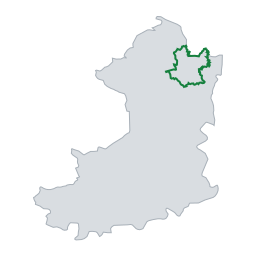 Gaoual, Gaoual, Guinea (highlighted), rotated 89°
{"feature_id": "49546643B28661548838550", "entity_name": "Gaoual", "entity_type": "district", "adm_level": 2, "iso_a3": "GIN", "parent_name": "Guinea", "parent_adm1": "Gaoual", "projection": "natural_earth1", "projection_center": [-13.638, 11.692], "detail": "medium", "context": "in_parent", "style": "outline", "palette": "green", "viewbox_px": 256, "rotation_deg": 89, "n_neighbors": 0, "source": "geoboundaries", "source_scale": "gbopen_adm2", "svg_char_len": 5092}
<svg xmlns="http://www.w3.org/2000/svg" viewBox="0 0 256 256"><g transform="rotate(89 128 128)"><path d="M160.6,179.1L158.3,178.8L157.2,179.3L154.2,183.5L152.3,185.1L149.5,184.6L148.4,184.9L147.7,184.4L148.7,182.1L150.2,177.6L153.9,173.0L154.0,172.1L152.5,169.4L150.8,165.8L150.8,161.9L150.5,159.0L147.2,158.3L146.6,157.8L146.5,156.8L148.3,152.0L148.5,151.0L148.2,150.1L146.2,147.6L143.0,143.0L137.5,133.6L135.4,131.6L133.4,128.7L132.7,126.9L130.6,126.2L111.5,126.4L111.1,128.8L104.5,130.5L100.4,128.6L95.9,129.7L93.7,130.9L92.0,136.4L91.1,137.6L90.1,140.1L89.2,141.4L88.2,144.2L86.1,148.0L83.8,150.5L80.0,151.9L78.8,156.0L77.9,157.5L76.4,158.7L74.8,159.5L71.7,158.7L69.9,159.4L69.6,158.4L70.6,155.1L69.8,153.5L66.8,150.1L66.5,148.5L65.6,146.4L61.6,142.1L57.9,142.4L58.9,138.7L58.9,133.9L57.6,131.3L57.9,128.6L57.3,128.8L56.0,130.6L54.0,130.1L50.0,127.2L48.0,124.4L47.7,122.1L47.3,121.2L46.0,121.6L43.5,121.6L35.8,117.4L30.3,106.8L30.2,104.5L31.0,100.4L30.8,99.3L28.2,102.0L27.8,100.2L25.8,95.9L25.3,93.5L23.4,92.4L22.0,92.2L20.8,93.0L19.3,98.0L18.2,97.9L17.0,96.9L17.3,93.2L20.2,88.6L25.2,76.9L27.0,74.2L28.1,73.3L30.5,73.2L35.0,71.6L40.6,68.0L45.0,68.2L50.0,67.8L56.7,65.3L56.7,57.5L56.5,55.7L54.1,54.1L52.8,52.8L51.6,51.0L50.2,49.8L50.2,48.5L53.2,46.8L55.8,46.9L56.7,46.2L57.4,45.1L58.2,42.3L58.4,39.3L56.7,35.3L56.8,32.4L66.5,32.8L71.8,33.6L76.2,33.8L76.9,34.5L76.3,37.3L76.8,38.9L78.3,39.3L80.7,37.4L82.0,37.8L84.7,40.2L87.3,40.9L90.0,42.2L92.6,42.9L94.9,42.8L96.7,44.1L99.9,44.6L104.1,42.9L107.4,42.1L112.0,41.9L114.4,42.5L121.5,41.1L127.0,41.9L126.1,42.8L123.6,49.1L123.9,50.2L129.6,55.5L130.9,55.9L132.4,55.2L134.8,52.7L136.7,50.1L138.6,48.8L140.7,48.9L142.4,50.7L146.4,58.6L147.5,59.6L148.4,59.6L150.2,58.1L151.0,56.4L154.7,51.2L160.5,48.6L174.1,54.6L176.1,55.0L177.3,54.6L179.0,51.0L184.1,48.0L186.6,47.2L188.0,47.1L188.5,46.1L188.8,44.7L188.5,43.2L186.9,40.6L186.8,39.8L187.7,39.3L189.7,38.9L192.2,39.1L195.1,40.3L197.4,42.0L198.8,43.9L201.3,52.2L204.2,58.8L204.2,67.5L205.4,68.4L206.8,68.8L207.5,69.4L208.9,73.0L210.2,74.1L211.8,74.3L214.8,76.6L216.7,77.6L216.9,78.2L216.9,79.2L216.2,80.4L213.3,82.8L211.9,84.9L209.0,89.8L208.9,90.8L209.6,91.4L210.8,91.5L212.0,91.2L214.7,89.4L216.8,90.0L218.8,91.4L219.6,92.8L219.8,94.7L219.3,97.1L219.3,99.9L220.0,104.5L221.1,109.1L222.1,110.8L228.9,114.8L229.5,116.4L229.9,118.1L229.4,120.4L228.7,121.7L225.0,125.3L224.5,127.0L224.8,130.2L225.1,143.8L226.6,146.0L228.3,147.2L232.4,146.6L232.3,150.3L231.7,154.5L234.1,155.8L235.3,157.1L236.0,158.3L232.2,160.5L231.2,161.8L230.7,165.3L230.8,168.6L235.8,170.9L237.8,173.6L238.7,176.4L239.0,181.8L238.5,183.0L237.3,183.0L234.7,179.8L230.8,179.4L227.9,178.8L223.0,179.2L222.2,180.2L221.7,187.2L222.9,188.4L225.2,189.8L226.7,190.3L228.0,190.2L228.9,191.1L229.1,193.4L228.5,195.1L227.2,196.7L225.6,200.8L226.0,204.5L223.3,210.5L222.5,211.6L218.9,210.5L216.5,210.1L214.8,211.6L212.5,209.2L212.0,207.4L211.2,207.0L209.6,207.0L208.1,208.1L207.5,209.9L207.2,213.8L204.5,217.4L202.7,221.9L200.5,221.5L200.1,222.1L197.8,223.2L195.8,223.6L195.3,222.4L194.2,221.4L192.9,219.5L191.4,217.9L188.6,216.8L187.5,217.3L186.2,217.2L185.4,216.6L185.5,215.6L186.9,213.3L187.8,211.1L188.2,208.7L188.2,206.5L187.4,203.3L186.2,200.8L185.8,199.3L186.0,197.2L185.7,195.3L185.3,194.3L184.7,190.6L184.0,190.0L183.5,187.0L183.6,184.0L182.6,182.9L180.9,182.0L179.9,180.9L179.3,179.5L178.6,179.2L178.1,179.2L177.6,180.1L177.1,180.2L176.1,177.4L175.7,177.3L175.0,178.0L167.2,181.1L166.2,178.4L164.7,177.9L162.1,179.0L160.6,179.1Z" fill="#d9dde1" stroke="#a8b0b8" stroke-width="1"/><path d="M53.3,80.7L54.1,80.8L56.5,79.4L59.6,79.4L61.3,77.8L62.0,77.7L65.6,78.0L65.8,78.5L65.2,80.9L66.2,80.7L68.2,79.3L70.4,79.0L70.6,79.5L70.2,81.3L72.2,89.0L72.7,88.8L72.0,86.4L75.1,84.8L78.8,84.4L79.4,83.5L78.9,81.7L80.0,80.8L79.1,79.5L79.7,78.6L81.7,77.1L82.5,75.7L84.8,74.7L85.8,73.8L86.1,72.5L87.9,71.3L87.3,70.3L87.6,69.8L87.4,69.2L87.0,69.7L86.2,69.1L85.2,67.0L84.1,66.7L85.0,65.7L85.2,64.7L84.7,63.9L84.6,61.9L85.5,61.6L85.9,60.8L85.6,59.7L84.4,58.2L85.4,56.8L84.0,55.9L83.8,54.1L84.1,53.9L84.5,52.6L84.3,51.4L83.3,50.6L82.1,51.6L81.9,52.4L79.4,53.5L76.9,53.2L76.3,54.6L75.3,55.2L74.6,54.8L73.4,55.0L73.2,56.0L70.4,56.1L70.3,55.5L71.1,55.3L70.4,54.9L70.8,53.2L69.7,52.8L69.6,53.6L70.3,53.5L70.2,53.8L69.4,54.0L68.8,52.9L68.3,53.0L67.8,52.2L68.6,51.6L67.9,50.6L68.3,48.5L66.2,46.7L67.7,45.8L67.3,45.5L67.0,46.0L66.6,45.9L66.8,44.7L66.3,45.4L65.4,45.6L65.4,46.6L64.0,45.1L63.7,46.0L64.4,46.4L64.4,46.9L62.5,45.7L62.1,46.7L61.5,45.8L60.8,46.9L59.7,47.2L58.7,48.1L58.8,47.6L58.5,47.0L56.8,47.4L55.9,46.3L55.4,47.2L54.6,47.2L54.6,45.6L53.9,47.0L53.7,46.1L53.0,46.2L52.7,46.4L53.1,46.9L52.9,47.6L51.0,47.9L50.6,48.9L49.9,49.0L50.3,50.7L52.1,51.4L52.5,52.4L54.1,53.1L54.8,54.6L57.6,55.9L57.0,59.8L57.1,66.4L56.4,66.5L55.9,67.1L55.1,67.0L54.7,66.8L54.8,66.0L54.0,66.4L53.6,65.7L53.9,65.4L53.0,65.0L52.7,65.5L53.3,65.8L52.6,67.8L50.8,67.3L50.2,68.1L48.7,68.5L47.5,68.1L46.7,68.6L47.5,69.9L47.0,71.2L47.6,71.8L47.6,72.5L49.3,73.0L50.8,74.6L49.9,77.0L50.5,77.0L50.7,77.7L52.5,78.9L53.3,80.7Z" fill="none" stroke="#15803d" stroke-width="2"/></g></svg>